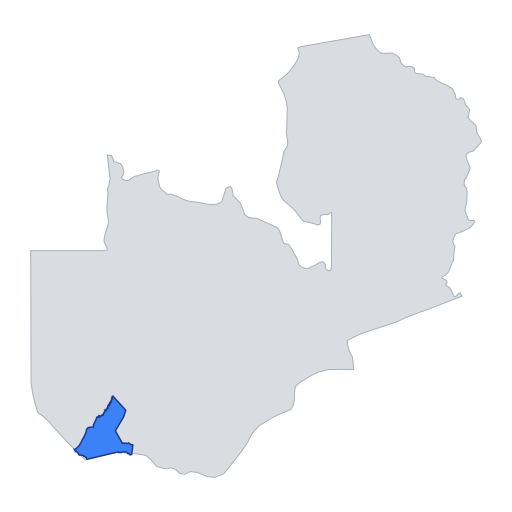 Sesheke, Western, Zambia shown in context
{"feature_id": "96606910B16407097160512", "entity_name": "Sesheke", "entity_type": "district", "adm_level": 2, "iso_a3": "ZMB", "parent_name": "Zambia", "parent_adm1": "Western", "projection": "natural_earth1", "projection_center": [23.989, -16.932], "detail": "fine", "context": "in_parent", "style": "filled", "palette": "blue", "viewbox_px": 512, "rotation_deg": 0, "n_neighbors": 0, "source": "geoboundaries", "source_scale": "gbopen_adm2", "svg_char_len": 7500}
<svg xmlns="http://www.w3.org/2000/svg" viewBox="0 0 512 512"><path d="M353.7,369.4L328.2,369.5L318.9,371.9L311.2,375.4L302.1,381.1L296.8,385.0L295.3,387.1L294.6,391.9L294.5,399.3L293.6,404.6L290.8,409.5L276.9,415.3L267.9,420.2L259.0,425.9L252.2,433.3L247.6,442.3L239.9,453.6L223.9,473.7L214.7,477.4L206.9,476.6L197.6,472.4L190.2,471.6L184.7,474.2L179.7,473.4L175.0,469.2L171.1,467.7L168.0,468.8L164.0,468.6L156.6,466.3L150.2,459.1L146.8,456.1L144.1,455.0L136.5,453.9L119.0,452.2L100.8,455.8L84.8,459.4L68.6,443.4L52.8,426.5L49.5,422.2L43.6,416.6L39.3,413.8L37.7,412.4L33.4,397.3L31.1,383.5L30.7,250.6L102.5,250.6L107.1,250.0L107.3,248.6L104.0,241.5L104.1,239.0L105.0,234.2L108.2,224.5L108.4,221.3L106.9,210.9L107.0,205.0L107.9,193.2L107.4,189.2L109.1,183.9L109.6,180.4L110.3,178.8L109.5,174.8L108.0,160.7L107.2,154.9L111.5,155.7L112.9,158.6L113.8,161.8L115.7,162.0L120.8,163.8L122.6,166.5L123.8,172.1L123.1,175.0L121.4,177.3L123.1,179.4L126.5,180.7L128.5,180.3L134.3,176.5L139.6,175.1L142.3,174.1L154.2,171.5L156.5,170.2L158.2,170.2L159.4,171.3L158.3,175.3L157.9,178.8L159.4,185.5L160.5,188.6L163.0,190.9L164.8,192.1L166.8,194.5L170.9,194.1L180.0,197.5L182.7,199.1L186.6,200.6L189.3,201.2L198.6,202.4L208.5,204.3L213.7,204.5L217.3,204.0L219.9,203.0L221.4,201.9L222.1,201.0L225.9,188.3L227.8,187.3L230.3,186.7L231.7,187.8L233.3,195.8L240.4,203.1L242.8,209.2L244.6,214.3L246.1,215.8L248.9,217.6L253.2,218.2L257.1,218.4L276.3,227.2L278.4,228.9L280.7,233.6L282.1,238.9L283.6,243.2L286.1,244.0L288.3,244.3L290.5,247.2L292.2,249.7L297.8,260.2L298.6,264.3L301.4,267.1L305.1,268.3L308.6,268.4L310.6,267.2L315.5,265.0L319.4,262.6L322.2,261.7L323.8,262.2L325.1,264.0L325.9,269.2L328.6,270.9L330.6,270.2L331.4,268.2L331.4,267.2L331.7,212.6L330.0,212.9L327.7,214.5L322.6,214.7L320.6,215.8L320.0,217.6L320.4,219.8L320.5,222.9L319.7,224.4L317.5,225.0L314.3,223.8L308.4,222.2L303.5,221.3L300.0,217.2L295.3,211.0L292.2,207.9L284.8,201.4L283.5,200.1L281.2,197.1L279.3,192.0L277.4,186.1L276.5,182.3L278.3,176.5L282.8,157.6L283.8,151.7L287.5,145.8L287.7,140.4L286.3,133.5L286.7,129.8L287.3,108.1L286.3,101.3L283.9,93.7L278.5,83.1L278.5,80.9L286.9,74.0L289.4,71.4L293.7,65.9L296.7,61.1L298.6,57.3L299.2,52.4L297.8,47.7L300.7,46.7L369.5,34.6L370.5,37.8L372.6,43.2L374.9,47.1L377.8,50.6L380.3,52.7L382.0,53.3L392.6,53.1L396.4,55.2L399.7,57.9L400.5,62.0L402.7,64.6L405.0,66.7L406.0,66.9L407.8,66.4L410.6,66.4L413.2,67.3L414.5,68.2L414.6,71.6L415.4,73.2L419.0,73.8L422.6,74.1L426.1,76.4L429.9,76.8L434.3,77.8L436.4,80.3L441.0,82.9L446.8,85.2L453.0,89.1L453.2,90.3L454.2,92.5L455.3,94.1L455.4,96.5L455.9,98.7L457.5,99.3L458.9,99.4L460.1,97.8L461.8,97.9L463.6,98.9L464.3,101.4L465.7,104.9L468.0,107.2L469.5,109.5L469.0,113.6L468.0,117.4L471.1,121.1L475.2,124.7L476.3,126.2L476.6,131.5L477.2,133.3L479.9,137.6L481.3,140.5L481.2,142.2L473.6,150.9L469.0,152.2L466.9,154.0L465.7,155.8L468.6,164.4L470.2,167.7L468.8,171.8L465.8,178.8L464.4,179.4L464.1,184.7L465.0,186.6L466.5,188.1L467.1,191.7L466.9,200.5L464.9,210.6L468.2,219.4L469.3,220.4L474.0,220.5L474.8,221.2L473.7,223.7L470.4,227.6L464.4,230.6L455.8,233.9L454.0,237.1L452.8,241.7L453.7,244.4L454.9,246.0L454.5,250.1L453.7,254.3L453.9,257.7L453.5,260.6L452.3,262.1L450.8,266.6L448.9,271.1L447.4,273.1L445.3,275.3L441.9,277.1L441.9,278.0L445.8,280.1L446.7,281.5L447.1,282.5L445.5,284.8L447.2,286.1L449.4,287.3L451.4,290.3L453.7,295.9L454.1,296.5L454.7,296.6L456.0,296.0L458.4,293.7L460.1,292.8L462.1,296.1L426.3,310.0L417.9,312.9L405.3,317.8L401.2,319.7L398.0,321.5L364.7,332.4L359.4,334.5L347.7,340.1L347.3,341.0L347.4,343.5L348.4,348.7L350.4,353.5L352.1,356.2L353.2,363.3L353.7,369.4Z" fill="#d9dde1" stroke="#a8b0b8" stroke-width="1"/><path d="M112.5,395.7L112.6,396.1L112.3,396.3L112.2,396.5L112.3,396.7L112.3,396.8L112.2,397.2L112.1,397.6L112.3,397.8L112.2,397.9L112.3,398.1L112.2,398.1L112.2,398.3L112.1,398.6L112.0,398.8L111.9,398.9L112.0,399.0L111.9,399.0L111.8,399.3L111.7,399.2L111.7,399.3L111.7,399.2L111.7,399.3L111.6,399.5L111.5,399.8L111.4,399.9L111.3,400.0L111.4,400.3L111.3,400.5L111.2,400.6L111.0,400.8L111.1,401.0L110.9,401.1L110.9,401.3L110.8,401.5L110.7,401.6L110.8,401.6L110.7,401.7L110.6,401.8L110.4,402.1L110.4,402.3L110.2,402.4L110.3,402.5L110.2,402.5L110.3,402.5L110.4,402.9L110.5,402.9L110.4,403.0L110.1,403.2L109.9,403.4L110.0,403.4L109.9,403.6L109.9,403.8L109.8,403.7L109.8,403.9L109.5,404.0L109.4,404.1L109.5,404.2L109.4,404.3L109.2,404.5L109.3,404.6L109.3,404.8L109.2,404.8L109.0,405.0L108.8,404.9L108.8,405.0L108.7,405.1L108.8,405.2L108.7,405.3L108.6,405.5L108.7,405.8L108.7,406.0L108.5,405.9L108.5,406.0L108.5,405.9L108.5,406.0L108.4,406.0L108.2,406.2L108.2,406.3L108.1,406.5L108.0,406.4L108.0,406.5L107.9,406.4L107.9,406.5L107.9,407.0L107.7,407.1L107.8,407.0L107.7,407.1L107.4,407.4L107.5,407.6L107.5,407.8L107.4,407.9L107.5,408.0L107.4,408.0L107.2,408.2L107.3,408.3L107.2,408.4L107.1,408.5L107.1,408.4L107.0,408.5L106.9,408.6L107.0,408.7L106.9,408.6L106.8,408.8L106.8,408.7L106.7,408.6L106.8,408.7L106.7,408.8L106.6,409.0L106.6,408.9L106.6,409.0L106.5,409.4L106.6,409.5L106.4,409.7L106.2,409.7L106.1,409.8L105.9,409.9L105.8,410.0L105.8,409.9L105.8,410.1L105.7,410.1L105.8,410.1L105.6,410.1L105.6,410.3L105.5,410.2L105.5,410.4L105.3,410.4L105.4,410.5L105.2,410.6L105.3,410.7L105.2,410.8L105.1,410.7L104.8,410.9L104.9,411.0L104.9,411.3L104.8,411.5L104.7,411.7L104.4,412.3L104.2,412.2L103.9,412.6L103.8,412.9L103.8,413.1L103.8,413.3L103.7,413.5L103.7,413.4L103.4,413.6L103.3,413.8L103.4,414.0L103.5,414.0L103.4,414.0L103.4,414.4L103.4,414.6L103.3,414.8L103.2,414.8L103.2,415.0L102.9,415.1L102.7,415.2L102.7,415.3L102.5,415.2L102.4,415.2L102.2,415.0L101.9,415.2L101.7,415.2L101.7,415.3L101.5,415.5L101.4,415.6L101.2,415.7L101.1,415.8L100.9,415.9L100.9,416.0L100.6,416.3L100.4,416.2L100.2,416.0L99.9,416.1L100.0,416.3L99.9,416.2L99.9,416.3L99.7,416.2L99.7,416.3L99.6,416.2L99.5,416.3L99.0,416.5L98.9,416.4L98.9,416.5L98.7,416.4L98.7,416.5L98.4,416.7L98.4,417.0L98.2,416.9L98.1,417.0L97.8,416.8L97.7,416.8L97.4,416.9L97.3,417.2L97.1,417.2L97.0,417.3L96.8,417.3L96.7,417.4L96.6,417.6L96.6,417.8L96.7,418.0L96.6,418.3L96.6,418.2L93.4,425.0L93.4,426.8L93.2,427.0L92.9,427.2L92.2,427.1L89.4,427.3L89.0,427.5L88.6,427.5L88.3,427.8L88.0,427.8L87.4,428.2L87.2,428.6L86.6,429.1L86.2,431.6L85.4,433.7L84.9,434.8L84.4,435.9L84.1,436.4L83.4,438.0L82.9,438.7L82.0,440.4L81.3,442.0L80.7,442.9L79.4,445.2L78.8,446.0L78.2,446.5L77.8,447.0L74.9,449.6L74.4,449.5L75.1,450.6L75.9,451.1L75.6,451.6L77.1,452.0L77.7,452.5L77.8,453.0L78.3,453.3L78.3,453.8L78.9,454.2L78.8,454.6L79.7,455.2L81.2,455.0L81.3,455.3L83.2,455.4L83.6,455.7L83.8,456.2L84.2,456.4L84.3,456.5L84.8,456.4L85.2,456.5L85.4,456.6L85.5,456.9L85.7,457.3L86.1,457.3L86.2,457.5L86.5,458.0L86.8,459.0L87.0,459.3L117.9,451.9L118.0,451.9L118.1,452.1L118.4,452.5L118.8,452.7L119.1,452.4L119.6,452.3L120.3,452.4L120.8,452.7L121.0,452.7L122.1,452.2L122.6,452.0L123.0,451.8L123.3,451.7L124.1,451.8L124.9,452.1L125.7,452.1L126.1,452.2L126.6,452.4L127.5,453.2L127.8,453.5L128.0,453.7L128.5,453.7L128.9,453.5L129.1,453.4L129.5,454.0L129.6,454.6L129.9,454.8L130.2,454.8L130.9,454.6L131.6,454.6L132.9,445.0L132.6,444.8L132.0,444.7L130.7,444.3L130.3,444.0L130.1,444.0L129.8,443.8L129.5,443.8L129.4,443.5L129.2,443.4L128.9,443.2L128.9,443.3L128.5,443.2L128.2,443.2L127.5,443.4L126.8,443.4L126.5,443.2L126.4,443.3L126.2,443.4L125.3,443.1L124.5,443.3L124.2,443.3L123.8,443.1L123.6,443.1L122.7,443.1L122.3,443.2L115.4,430.8L123.6,416.9L125.8,410.3L112.5,395.7Z" fill="#3b82f6" stroke="#1e3a8a" stroke-width="1.5"/></svg>